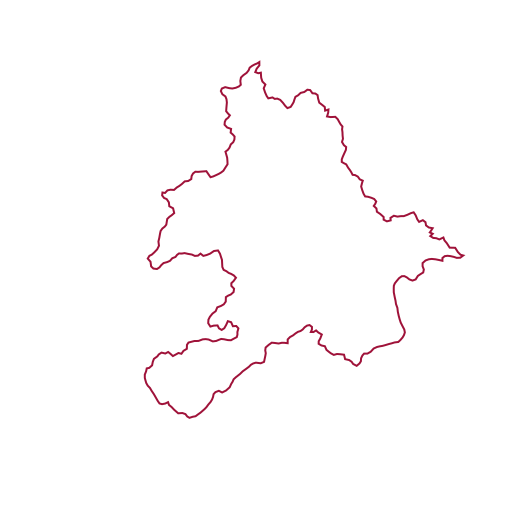 Raul Soares, Minas Gerais, Brazil (Albers equal-area conic projection), rotated 143°
{"feature_id": "56859067B17735283433426", "entity_name": "Raul Soares", "entity_type": "district", "adm_level": 2, "iso_a3": "BRA", "parent_name": "Brazil", "parent_adm1": "Minas Gerais", "projection": "albers", "projection_center": [-42.376, -20.024], "detail": "fine", "context": "isolated", "style": "outline", "palette": "rose", "viewbox_px": 512, "rotation_deg": 143, "n_neighbors": 0, "source": "geoboundaries", "source_scale": "gbopen_adm2", "svg_char_len": 5853}
<svg xmlns="http://www.w3.org/2000/svg" viewBox="0 0 512 512"><g transform="rotate(143 256 256)"><path d="M292.5,363.0L294.5,360.9L294.5,357.7L293.1,355.2L293.3,351.3L295.3,347.9L293.5,344.0L295.5,339.5L298.9,339.3L301.5,339.4L304.6,339.0L306.6,337.1L308.8,335.0L311.1,334.4L314.3,334.3L317.1,333.4L319.2,331.6L322.3,328.7L325.2,326.3L327.3,322.6L330.9,320.8L335.1,320.1L338.4,319.8L341.0,320.3L344.0,319.1L343.7,314.9L346.0,310.8L345.5,307.7L342.9,305.2L339.9,305.0L337.3,305.7L334.1,306.0L330.6,304.6L327.6,303.9L324.2,304.6L320.9,303.7L318.4,304.4L316.0,304.4L313.8,302.6L311.3,301.3L309.0,298.6L306.3,295.7L304.8,292.9L302.1,291.2L298.9,291.3L298.0,287.8L294.9,286.5L291.2,285.5L286.6,285.3L283.0,283.3L283.4,279.5L284.6,276.1L285.5,273.4L287.2,270.9L289.5,267.5L290.2,264.4L288.8,261.7L288.0,258.9L286.7,256.8L285.4,253.8L285.1,250.7L288.9,249.5L292.1,249.1L293.7,246.9L293.2,243.1L295.6,240.7L299.3,240.4L302.0,241.1L304.8,241.3L307.6,237.8L310.8,236.8L314.1,237.2L317.8,238.3L321.4,236.2L325.4,236.2L329.4,235.2L332.3,233.8L334.6,231.1L334.9,227.1L331.6,225.8L328.5,223.7L329.1,220.5L327.9,217.6L324.8,217.4L321.3,218.9L317.7,220.9L315.7,218.1L316.7,213.8L313.9,212.0L313.6,208.8L316.6,206.5L318.2,204.3L320.2,202.8L323.8,203.4L326.7,203.8L329.1,205.8L331.6,208.7L333.7,210.7L336.1,211.4L338.9,212.1L341.9,213.8L344.1,217.8L346.2,219.9L348.7,221.5L353.1,222.8L356.4,225.2L359.3,226.4L362.0,227.5L364.6,226.6L367.1,223.5L371.0,223.9L374.4,222.8L376.3,225.2L379.3,225.6L382.6,226.1L383.2,229.4L383.9,232.2L387.1,232.7L389.6,235.7L392.9,235.9L395.2,235.2L399.4,235.3L402.1,233.6L404.8,231.2L408.6,230.9L410.9,232.0L413.1,230.1L416.2,228.2L418.2,225.5L419.2,223.0L420.1,220.6L420.5,217.6L420.1,214.4L420.5,211.2L420.7,207.3L421.2,203.2L421.7,199.3L421.8,196.3L420.2,194.2L417.3,192.8L414.2,192.2L415.1,189.4L414.3,186.2L413.9,182.5L412.8,177.2L409.3,174.9L407.5,172.2L407.5,169.2L406.5,166.8L403.3,165.7L400.7,164.4L397.8,164.4L394.6,164.3L391.8,164.5L389.1,164.7L386.6,165.1L383.3,166.1L380.3,166.7L377.5,167.8L375.1,169.3L373.0,171.2L370.3,171.7L366.8,170.7L365.2,167.4L360.9,166.6L356.0,167.0L352.7,168.8L350.3,169.7L348.1,171.0L345.0,171.3L339.7,171.4L336.0,171.9L331.8,171.8L328.2,171.8L325.6,172.2L323.0,171.9L320.3,170.9L316.8,167.5L313.3,166.6L310.9,168.7L308.7,170.6L306.7,172.5L305.4,175.1L303.4,177.1L299.3,177.4L295.6,177.3L293.4,175.3L290.6,172.5L287.5,171.1L285.6,169.6L283.2,167.3L280.9,170.3L277.6,170.8L274.1,170.3L271.2,170.4L268.2,170.2L265.6,169.3L262.9,169.2L260.1,169.8L257.1,169.7L254.8,168.6L254.0,165.7L255.6,163.6L257.9,162.3L255.9,160.7L252.8,160.4L252.3,157.5L250.7,153.7L254.4,151.4L257.2,150.2L258.8,148.2L257.6,145.2L255.3,142.5L256.2,138.6L255.5,135.8L254.8,133.3L253.4,130.2L250.3,129.0L247.9,126.9L245.1,124.2L246.9,120.0L244.2,116.8L243.3,114.0L243.4,111.3L241.7,107.7L238.0,107.9L235.6,108.8L233.6,111.1L230.9,112.5L228.4,113.0L225.8,111.0L222.0,110.5L217.7,111.3L214.1,110.5L211.6,109.4L209.1,108.1L206.6,107.1L202.8,105.7L200.2,104.6L197.4,103.6L194.1,101.7L191.3,102.0L188.0,102.7L185.4,103.8L183.1,105.4L181.8,108.1L181.2,111.8L180.5,115.7L179.4,118.9L178.0,122.4L176.3,126.1L174.3,129.5L173.1,133.4L171.5,136.3L170.0,139.6L167.8,144.1L165.6,147.1L163.8,149.3L161.6,150.6L159.0,151.3L155.1,152.2L151.7,152.1L149.6,150.6L148.4,148.1L147.6,145.0L145.8,142.2L142.6,141.2L138.7,142.7L135.2,142.5L132.4,142.2L130.1,144.2L129.1,147.6L127.2,150.1L123.3,150.4L120.0,149.4L117.4,147.9L114.6,145.3L112.2,142.6L110.0,140.0L108.3,142.2L105.4,142.3L102.9,140.9L100.8,138.9L98.5,136.2L96.8,133.7L93.9,131.7L90.2,131.7L91.9,133.9L92.4,137.6L92.0,142.7L96.3,146.1L95.9,151.4L96.1,155.1L95.2,158.0L99.6,158.9L101.3,161.7L103.6,163.8L104.8,167.0L101.5,167.4L103.0,170.2L100.6,171.0L98.2,171.9L100.8,174.7L101.8,178.1L100.3,181.0L101.2,184.2L105.2,185.1L105.1,188.2L104.0,192.4L103.8,196.0L106.5,197.0L110.3,197.8L114.0,198.9L116.7,200.9L119.3,202.3L121.7,205.2L125.7,205.5L127.0,203.4L130.6,204.9L132.2,208.2L130.6,210.3L131.5,214.8L132.8,218.6L131.2,221.5L131.8,225.1L129.4,225.9L127.2,227.2L127.3,230.4L128.8,233.0L130.9,235.9L133.0,237.9L132.6,241.1L131.5,244.7L130.2,248.2L127.5,250.4L125.4,251.9L127.0,254.8L126.9,258.1L128.2,261.0L130.0,262.7L129.5,265.5L129.3,268.1L129.3,271.1L128.8,274.9L129.9,277.1L130.9,279.5L129.3,281.6L126.9,283.1L124.0,284.7L120.3,286.7L118.4,288.8L119.1,291.6L118.7,295.3L116.0,297.3L114.4,300.0L112.4,302.9L111.0,305.4L109.0,307.4L109.2,310.1L108.9,312.7L108.4,316.1L108.9,319.4L112.9,322.1L115.3,324.7L112.1,327.0L110.0,329.4L113.3,330.5L111.4,333.6L112.1,336.4L113.2,340.4L111.6,344.5L110.0,347.4L110.8,350.0L113.0,352.0L112.9,355.9L114.9,357.9L118.7,357.9L122.2,359.4L125.7,359.0L128.7,359.4L131.2,357.8L133.4,356.2L135.8,355.2L138.6,354.2L141.9,355.2L142.3,358.4L142.3,362.1L142.7,366.1L144.3,368.9L146.5,370.2L147.4,372.7L151.3,374.5L151.2,377.3L150.3,381.2L148.9,385.3L145.3,387.3L145.9,391.5L144.6,395.2L143.2,397.4L141.8,399.5L144.2,400.6L145.9,403.3L142.7,405.2L138.6,406.2L136.6,408.9L139.2,409.1L141.9,409.8L144.7,410.2L147.7,410.2L150.2,408.7L153.3,407.9L157.3,408.0L160.6,407.6L163.2,405.2L165.1,401.9L167.6,401.7L170.9,402.5L174.1,404.0L176.3,406.1L179.0,409.4L182.5,410.3L184.8,408.9L185.5,405.4L184.4,401.8L185.2,399.0L186.9,396.1L188.9,393.9L190.7,391.9L192.7,389.6L192.6,386.6L192.2,384.1L194.9,383.2L198.0,383.1L200.2,381.9L202.1,379.8L201.7,376.0L199.4,372.5L202.0,369.8L201.4,367.0L201.2,364.3L203.2,362.0L205.7,360.6L209.0,360.3L211.9,358.5L214.7,357.7L217.6,357.7L218.8,354.6L219.9,351.8L221.7,349.0L223.5,346.4L227.1,345.1L230.8,343.7L233.8,343.7L236.3,344.0L239.2,344.6L242.3,345.3L244.9,346.3L244.8,349.4L244.6,353.6L248.5,356.1L251.7,358.1L253.7,359.8L256.6,359.8L259.3,358.6L261.4,356.4L265.0,356.7L268.0,358.5L271.9,358.1L275.1,358.1L278.0,358.4L281.7,358.1L284.4,360.4L287.2,361.7L290.7,361.1L292.5,363.0Z" fill="none" stroke="#9f1239" stroke-width="2"/></g></svg>